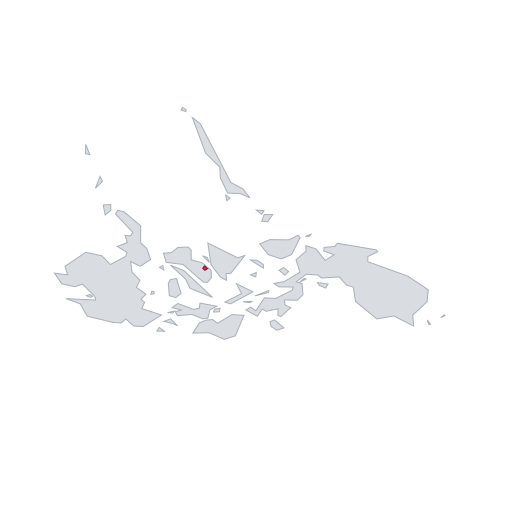 Philippines, with Bacolod highlighted, rotated 110°
{"feature_id": "PHL-5525", "entity_name": "Bacolod", "entity_type": "Highly Urbanized City", "adm_level": 1, "iso_a3": "PHL", "parent_name": "Philippines", "parent_adm1": "", "projection": "natural_earth1", "projection_center": [122.969, 10.668], "detail": "fine", "context": "in_parent", "style": "filled", "palette": "rose", "viewbox_px": 512, "rotation_deg": 110, "n_neighbors": 0, "source": "natural_earth", "source_scale": "10m", "svg_char_len": 3952}
<svg xmlns="http://www.w3.org/2000/svg" viewBox="0 0 512 512"><g transform="rotate(110 256 256)"><path d="M240.5,79.6L258.0,88.5L267.9,83.9L265.2,106.0L273.8,120.9L264.7,146.9L252.0,153.9L252.3,161.2L247.2,170.7L254.3,187.0L252.7,191.3L256.0,202.7L266.5,209.3L266.2,203.3L276.3,198.6L283.5,202.2L287.5,214.3L292.1,211.9L292.7,205.7L304.4,211.9L304.2,215.1L298.1,217.2L304.5,227.6L303.7,232.0L312.1,234.1L310.2,247.0L305.9,243.6L307.5,237.4L292.5,233.8L289.0,222.8L275.5,210.0L272.5,210.5L277.2,224.1L275.6,229.7L270.4,220.7L256.2,209.1L245.9,217.1L234.1,210.6L229.2,212.8L228.8,202.2L236.5,189.5L228.1,183.0L228.1,194.0L224.6,194.9L220.2,185.4L216.2,183.8L209.1,145.0L210.4,143.0L218.2,150.7L223.1,149.0L223.0,106.7L228.8,82.6L240.5,79.6ZM343.8,324.7L361.0,338.0L363.6,346.9L359.7,356.8L365.1,359.9L367.3,367.6L370.3,394.0L361.1,404.9L361.0,419.9L352.3,391.6L349.1,393.6L341.8,409.4L346.7,415.6L348.6,429.0L341.0,439.5L338.2,426.5L331.0,431.9L310.8,417.3L308.5,401.0L313.8,389.9L300.9,378.3L296.8,378.5L294.4,389.6L287.4,381.5L281.4,386.2L280.1,380.9L276.0,379.8L264.7,402.2L260.5,401.7L259.5,395.3L267.1,374.7L283.0,368.9L286.3,361.2L295.4,353.8L305.3,361.3L304.1,371.9L313.6,366.9L318.5,356.7L326.3,357.7L329.5,346.4L336.0,349.2L337.6,344.9L344.5,345.2L343.8,324.7ZM292.7,338.1L285.0,344.0L281.9,336.8L274.7,332.3L270.8,322.9L272.6,319.0L281.7,315.6L280.8,304.1L284.7,293.5L291.2,290.5L297.2,292.5L298.6,296.4L288.9,321.7L292.7,338.1ZM338.1,248.1L345.2,257.4L344.2,273.9L350.0,289.0L338.1,286.3L333.3,280.9L330.5,274.9L332.4,269.2L319.3,258.5L315.8,247.0L338.1,248.1ZM259.4,266.7L281.3,273.9L282.6,278.1L288.9,275.5L287.9,282.4L279.6,295.2L260.3,305.7L263.9,272.6L259.4,266.7ZM176.6,338.5L147.7,363.1L150.8,353.5L195.5,304.8L197.5,291.1L203.4,281.7L202.7,291.6L206.5,304.2L194.7,316.3L185.0,320.3L176.6,338.5ZM223.6,220.8L242.6,223.1L250.1,231.4L250.5,245.1L243.3,256.7L235.9,248.6L229.5,230.4L222.1,223.6L223.6,220.8ZM322.4,280.9L330.9,280.0L333.2,284.5L332.9,296.3L338.9,309.5L336.0,312.7L332.3,307.8L333.2,317.1L327.4,313.3L327.5,296.4L324.5,291.4L319.4,292.5L316.6,275.6L322.4,280.9ZM293.9,333.2L294.3,318.9L309.7,282.8L309.0,306.9L301.7,314.4L293.9,333.2ZM322.9,323.9L311.8,329.0L307.3,328.4L304.5,323.0L316.8,313.6L322.5,317.2L322.9,323.9ZM290.7,246.6L309.7,263.6L309.9,269.5L296.3,256.7L288.8,264.8L290.7,246.6ZM317.1,217.6L312.9,220.4L309.7,216.7L314.0,205.2L318.6,211.0L317.1,217.6ZM269.0,411.8L260.3,417.0L257.3,410.1L262.7,408.0L269.0,411.8ZM211.3,254.4L219.4,256.6L221.5,262.4L214.3,262.5L211.3,254.4ZM259.4,220.1L264.2,222.2L261.6,229.4L257.4,226.0L259.4,220.1ZM238.4,425.8L247.3,430.1L234.5,429.8L238.4,425.8ZM349.0,320.3L344.3,314.7L348.4,305.8L347.9,311.2L349.0,320.3ZM264.9,244.7L261.7,259.8L259.6,253.5L261.5,246.2L264.9,244.7ZM217.6,446.9L218.2,451.4L209.4,454.1L217.6,446.9ZM262.3,179.6L262.0,186.4L259.9,189.2L257.7,178.7L262.3,179.6ZM278.0,297.5L274.1,306.2L274.1,301.2L278.0,297.5ZM214.9,265.0L212.7,271.3L210.7,264.0L214.9,265.0ZM323.2,276.7L320.3,276.9L317.3,271.9L320.9,271.4L323.2,276.7ZM275.7,249.1L275.7,254.8L271.4,250.1L275.7,249.1ZM360.4,323.5L356.1,322.4L358.1,316.3L360.4,323.5ZM286.1,231.9L293.8,243.3L284.1,232.1L286.1,231.9ZM214.1,302.2L209.0,305.4L210.4,300.3L214.1,302.2ZM300.7,337.9L299.7,342.8L296.8,340.3L300.7,337.9ZM301.9,245.8L303.6,252.6L299.8,244.0L301.9,245.8ZM144.3,376.4L141.7,376.1L142.3,371.8L144.3,371.3L144.3,376.4ZM328.0,341.7L324.7,341.9L324.4,339.4L326.4,338.9L328.0,341.7ZM351.4,401.9L348.9,398.8L349.7,395.7L351.3,397.2L351.4,401.9ZM219.2,212.4L220.6,216.2L216.6,211.8L219.2,212.4ZM338.1,314.8L339.4,319.8L335.7,313.7L338.1,314.8ZM261.4,70.1L257.5,73.3L260.3,68.7L261.4,70.1ZM265.6,206.0L260.4,203.1L260.5,201.1L265.6,206.0ZM247.4,57.9L250.7,61.4L247.0,59.1L247.4,57.9Z" fill="#d9dde1" stroke="#a8b0b8" stroke-width="1"/><path d="M283.2,300.9L283.5,300.0L283.5,299.8L284.4,298.1L284.5,297.5L286.7,299.2L285.7,301.6L283.2,300.9Z" fill="#f43f5e" stroke="#9f1239" stroke-width="1.5"/></g></svg>